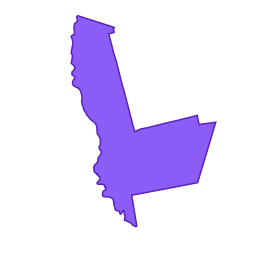 Nicolás Ruíz, Chiapas, Mexico, rotated 108°
{"feature_id": "50627088B68724727080459", "entity_name": "Nicolás Ruíz", "entity_type": "district", "adm_level": 2, "iso_a3": "MEX", "parent_name": "Mexico", "parent_adm1": "Chiapas", "projection": "albers", "projection_center": [-92.605, 16.437], "detail": "fine", "context": "isolated", "style": "filled", "palette": "violet", "viewbox_px": 256, "rotation_deg": 108, "n_neighbors": 0, "source": "geoboundaries", "source_scale": "gbopen_adm2", "svg_char_len": 5664}
<svg xmlns="http://www.w3.org/2000/svg" viewBox="0 0 256 256"><g transform="rotate(108 128 128)"><path d="M158.5,44.9L95.4,46.3L102.7,61.5L94.6,66.1L95.6,67.6L97.3,70.2L100.5,75.3L103.8,80.7L105.2,82.8L106.5,85.0L106.9,85.7L107.7,87.1L107.8,87.1L110.7,91.9L112.6,95.1L119.8,106.6L120.5,107.6L121.6,109.5L125.0,115.6L128.0,119.0L129.4,120.6L128.7,121.0L128.0,121.4L126.0,122.7L121.8,125.6L120.0,126.6L115.6,129.5L114.3,130.3L110.5,132.7L105.1,136.1L104.3,136.6L103.1,137.4L102.3,137.9L99.8,139.5L98.9,140.1L97.2,141.3L95.7,142.1L94.9,142.6L90.3,145.8L89.6,146.3L85.6,148.8L82.8,150.6L77.6,153.8L71.9,157.5L69.9,158.7L69.0,159.3L67.5,160.2L62.4,163.9L58.2,166.6L53.6,169.5L52.7,170.1L50.8,171.3L47.7,173.3L44.4,175.4L41.5,170.8L41.3,170.8L40.8,170.8L40.4,171.4L39.8,171.8L39.4,172.2L38.9,172.0L38.4,172.1L38.2,172.7L37.5,172.6L36.6,172.3L36.7,210.5L38.1,211.1L38.8,210.9L39.5,210.4L40.9,209.5L41.7,209.5L42.2,209.3L42.8,209.4L43.3,209.6L43.7,209.9L44.0,210.2L44.4,210.5L45.0,210.9L45.6,211.0L46.2,210.9L46.8,210.8L47.2,210.8L48.1,210.9L49.0,210.4L49.9,210.1L52.8,208.8L53.4,208.5L54.1,208.4L54.9,208.2L55.4,207.9L56.0,208.1L56.3,208.7L56.8,209.5L58.0,210.1L58.5,210.3L59.5,209.6L59.9,209.3L60.1,209.1L60.7,208.6L61.3,208.2L61.8,207.8L62.5,207.5L63.1,207.1L63.8,206.8L64.7,206.3L65.5,206.4L66.4,206.2L67.3,206.3L68.0,206.1L69.0,206.0L69.8,205.9L70.7,205.7L71.7,205.7L72.6,205.5L74.2,205.2L75.4,204.2L75.8,203.4L76.4,203.0L77.7,203.0L79.0,202.6L80.3,202.5L81.2,202.3L82.4,202.2L84.0,202.0L84.6,200.7L85.0,199.3L85.6,198.3L86.8,197.3L87.7,197.1L88.5,197.3L89.0,197.4L89.7,197.5L90.5,197.7L91.2,198.2L92.0,198.4L93.3,198.3L94.6,197.7L95.3,195.3L96.0,194.3L97.2,194.1L98.7,194.6L99.5,194.8L100.1,194.8L100.4,194.9L100.8,194.9L101.6,194.9L102.2,194.7L102.4,194.6L102.9,194.4L103.8,193.7L104.5,193.0L104.8,192.2L104.9,191.8L105.0,191.3L105.1,190.7L105.1,190.1L105.1,189.6L105.3,189.1L105.4,188.5L105.5,188.0L105.7,187.3L105.8,186.9L106.1,186.4L106.3,186.0L106.6,185.6L106.9,185.3L107.3,184.8L107.7,184.4L108.1,184.1L108.5,183.8L109.0,183.5L109.6,183.2L110.1,182.8L111.0,182.2L111.5,182.0L111.8,181.8L112.3,181.5L112.7,181.3L113.2,181.0L114.2,180.7L114.6,180.6L115.1,180.7L115.7,180.5L116.3,180.5L117.1,180.4L117.7,180.0L118.4,179.6L119.0,179.1L119.8,178.8L120.6,178.4L121.1,177.8L121.3,177.4L121.9,177.2L122.2,176.9L122.9,176.6L123.4,176.2L123.8,175.8L124.4,175.4L124.9,175.0L125.3,174.5L126.1,173.5L126.3,172.9L126.7,172.6L127.3,172.0L127.7,171.8L128.4,171.2L128.7,170.8L129.2,169.8L129.5,169.2L129.8,168.7L130.1,168.2L130.5,167.9L130.8,167.3L131.1,166.9L131.4,166.2L131.7,165.6L132.0,164.9L132.3,164.1L132.6,163.4L132.6,162.9L132.9,162.4L133.1,161.8L133.3,161.5L133.5,160.9L133.8,160.4L134.3,160.1L134.6,159.7L134.9,159.2L135.4,158.9L135.6,158.7L136.2,158.3L136.7,158.0L137.1,157.8L137.7,157.6L138.3,157.3L138.7,157.1L139.6,156.9L140.1,156.7L140.5,156.4L141.0,156.2L141.6,156.0L142.1,155.8L142.6,155.6L143.1,155.2L143.4,154.9L143.7,154.4L143.9,153.9L144.1,153.6L144.4,153.3L144.8,153.1L145.1,153.0L145.3,152.8L145.6,152.4L146.1,151.8L146.6,151.4L146.9,151.0L147.1,150.9L147.4,150.7L147.8,150.6L148.4,150.6L148.8,150.4L149.2,150.3L149.6,150.1L149.9,149.9L150.7,149.6L151.2,149.4L151.7,149.3L152.1,149.3L152.5,149.2L153.0,149.3L153.6,149.5L154.1,149.6L154.6,149.7L154.9,149.6L155.2,149.5L155.6,149.3L155.9,149.3L156.4,148.9L156.6,148.7L157.0,148.3L157.3,148.0L157.6,147.7L157.6,147.2L157.8,146.8L158.0,146.6L158.6,146.3L159.0,146.0L159.4,145.9L160.2,145.7L160.8,145.8L161.2,146.0L161.7,146.2L162.0,146.2L162.3,146.1L162.8,146.1L163.3,146.2L163.8,146.4L164.2,146.6L164.3,146.7L164.6,146.8L165.1,147.0L165.5,147.1L166.0,147.1L166.3,147.1L166.8,147.0L167.2,146.8L167.6,146.7L168.2,146.5L168.8,146.5L169.2,146.5L169.7,146.6L170.1,146.7L170.9,146.8L171.4,147.0L172.0,147.4L172.3,147.6L172.7,147.8L173.2,148.0L173.7,148.2L173.7,148.3L174.1,148.4L174.7,148.4L175.2,148.5L175.5,148.5L175.8,148.4L176.2,148.2L176.7,148.2L177.1,148.0L177.3,147.9L177.6,147.7L178.1,147.4L178.6,147.3L179.0,147.1L179.3,146.9L179.6,146.7L179.9,146.5L180.2,146.3L180.4,146.0L180.6,145.6L180.8,145.1L180.9,144.8L180.9,144.3L180.9,143.7L181.1,142.8L181.1,142.7L181.8,143.2L182.2,142.3L182.7,141.6L183.0,140.9L183.2,140.4L183.5,139.8L183.9,139.3L184.3,139.1L184.8,138.9L185.0,138.8L185.5,138.8L185.9,138.9L186.1,139.0L186.5,139.1L186.8,139.3L187.2,139.4L187.6,139.7L188.2,140.0L188.8,140.2L189.3,140.4L190.1,140.4L190.6,140.0L190.7,139.2L190.4,138.1L190.1,136.9L189.8,135.9L189.5,135.2L189.5,134.7L189.4,134.0L189.3,133.5L189.5,133.2L189.8,133.0L190.1,132.7L190.5,132.4L190.9,132.1L191.3,131.7L191.5,131.6L191.7,131.2L191.7,130.9L191.6,130.5L192.2,130.5L192.4,130.5L192.7,130.4L193.0,130.4L193.4,130.1L193.5,130.0L193.9,130.2L194.4,130.9L195.0,131.4L195.4,131.9L195.8,132.0L196.7,132.2L197.7,132.1L198.6,131.8L199.4,131.6L200.1,131.4L200.6,130.7L200.8,129.7L200.6,128.7L200.4,127.6L199.9,126.5L199.6,125.1L199.5,123.8L199.6,122.4L199.9,121.4L200.2,120.6L200.8,119.9L201.6,119.4L202.9,118.7L204.4,118.1L205.3,117.6L205.8,117.3L208.0,115.9L209.1,115.1L209.8,114.8L210.0,114.2L210.0,113.4L210.0,112.5L210.0,111.9L210.0,111.0L210.3,110.4L211.0,109.9L211.9,109.2L212.3,108.5L209.8,107.3L208.3,107.3L208.3,107.2L208.0,106.4L208.7,105.8L209.6,105.3L210.3,105.1L211.2,105.1L211.5,104.8L211.7,104.3L212.2,103.7L213.0,103.4L213.9,103.4L214.6,103.2L215.4,103.2L215.8,103.1L216.4,103.0L216.9,102.6L216.7,102.0L216.7,101.1L216.8,100.5L217.0,99.9L217.0,99.4L217.0,98.9L217.1,98.2L217.3,97.7L217.3,96.9L217.5,95.9L218.0,95.1L218.2,94.7L218.4,94.1L219.0,93.3L219.1,92.4L219.2,92.0L219.3,91.4L219.4,90.4L219.2,89.8L218.6,89.3L190.8,103.7L170.6,66.9L158.5,44.9Z" fill="#8b5cf6" stroke="#5b21b6" stroke-width="1.5"/></g></svg>